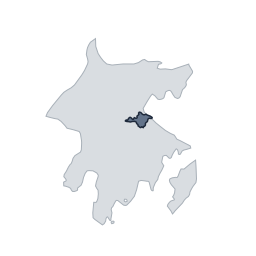 location of Beylagan District, Beyləqan, Azerbaijan, rotated 254°
{"feature_id": "54616110B20470092766685", "entity_name": "Beylagan District", "entity_type": "district", "adm_level": 2, "iso_a3": "AZE", "parent_name": "Azerbaijan", "parent_adm1": "Beyləqan", "projection": "equal_earth", "projection_center": [47.705, 39.846], "detail": "fine", "context": "in_parent", "style": "filled", "palette": "slate", "viewbox_px": 256, "rotation_deg": 254, "n_neighbors": 0, "source": "geoboundaries", "source_scale": "gbopen_adm2", "svg_char_len": 4769}
<svg xmlns="http://www.w3.org/2000/svg" viewBox="0 0 256 256"><g transform="rotate(254 128 128)"><path d="M172.7,204.0L171.7,203.9L164.7,205.7L163.2,205.1L157.2,197.2L156.0,196.3L153.4,196.0L151.9,194.7L150.6,192.6L149.9,191.0L143.7,186.7L142.8,185.2L142.7,183.8L143.6,182.6L144.6,181.5L147.6,180.5L151.2,179.6L152.3,178.9L152.9,177.8L152.8,175.9L152.3,174.2L147.2,170.9L146.6,169.5L146.5,167.8L146.7,166.0L147.5,164.6L151.6,162.7L153.9,160.7L152.5,158.5L148.0,153.5L142.7,148.0L139.2,147.9L135.2,149.6L128.7,154.3L125.1,156.3L120.4,159.6L115.3,163.3L111.1,167.3L108.4,170.5L103.8,171.9L101.4,174.7L93.6,182.9L91.4,182.8L91.3,178.7L91.4,175.5L90.9,173.6L88.4,171.1L88.4,170.0L89.1,169.3L91.0,169.7L93.5,169.6L94.7,168.6L92.0,165.2L89.7,163.0L87.7,161.5L87.3,160.6L87.3,159.9L87.7,159.2L91.1,157.3L91.5,155.6L91.2,153.7L85.8,150.9L81.8,152.0L78.1,148.8L75.8,146.4L72.9,143.8L70.3,142.4L67.9,139.2L63.6,135.8L60.8,134.9L60.8,134.4L61.3,133.7L62.5,133.2L70.2,133.4L71.2,132.8L71.7,131.3L72.7,129.2L74.0,126.1L73.9,123.5L66.2,119.2L60.6,115.3L56.8,110.2L54.2,105.5L54.3,104.0L55.1,102.5L61.1,98.2L61.6,97.0L61.4,96.3L59.3,94.1L56.7,91.8L55.8,90.2L54.1,89.3L50.9,89.2L45.3,86.5L44.1,86.2L43.9,85.6L44.2,85.1L48.2,83.9L48.1,83.0L46.9,81.8L44.7,80.9L42.6,78.7L41.9,76.7L49.3,70.9L51.4,69.7L56.2,70.8L66.0,74.6L65.3,76.8L66.3,78.0L68.5,79.6L72.8,81.3L76.5,82.1L78.4,81.4L81.2,80.8L84.9,82.7L88.3,85.1L89.9,86.1L90.9,86.4L93.4,85.6L96.5,82.5L97.8,78.7L98.1,76.9L96.3,74.4L92.7,71.6L88.5,69.3L85.9,67.1L84.2,63.0L82.5,62.5L82.0,62.0L81.8,60.6L81.8,58.6L82.4,57.1L84.1,56.4L85.8,56.2L87.4,54.7L89.3,51.9L90.1,50.3L93.7,51.2L94.2,53.8L94.9,54.3L96.4,54.0L98.8,52.9L100.8,53.8L103.4,56.8L106.9,60.0L108.8,62.2L109.5,63.6L111.3,65.1L114.0,66.8L116.1,69.4L117.9,75.6L119.8,77.1L126.6,79.4L129.0,79.9L135.7,80.7L138.1,80.1L141.5,74.8L144.6,69.3L147.5,68.2L152.8,65.5L155.9,63.0L157.2,60.3L160.1,55.2L161.9,52.4L165.0,54.9L170.4,61.8L178.1,73.0L180.0,76.2L181.2,79.9L182.3,84.4L184.1,88.4L191.9,98.4L195.3,102.1L200.8,106.9L202.8,107.9L205.4,108.2L210.1,108.2L214.4,110.1L216.6,111.4L218.8,113.3L220.8,115.5L222.9,121.4L215.3,119.5L207.8,119.8L203.5,121.1L199.3,122.8L195.4,125.2L192.9,130.0L190.9,141.0L187.9,151.4L188.0,156.1L189.4,160.7L189.3,162.9L187.9,163.9L186.1,165.8L183.8,175.3L182.7,177.2L181.2,178.4L180.7,177.3L180.8,174.8L177.4,172.6L175.7,175.1L174.5,180.3L172.1,185.8L172.0,186.9L172.7,204.0ZM60.1,106.5L60.5,105.0L59.6,104.4L58.6,104.3L57.7,105.1L57.7,106.9L58.9,107.2L60.1,106.5ZM34.7,149.5L33.6,147.9L33.1,147.1L36.5,146.4L42.1,144.3L43.6,145.3L45.2,147.4L46.0,149.2L46.1,152.5L46.8,153.0L49.5,151.9L50.7,153.3L52.8,154.9L56.4,156.4L61.6,154.0L64.3,153.3L66.4,153.4L67.5,154.2L67.9,156.7L67.5,159.9L66.9,161.6L68.0,162.9L72.2,166.0L74.0,167.7L73.1,170.6L76.3,177.8L77.3,180.6L78.5,184.1L72.0,182.7L60.2,179.8L56.9,178.3L53.9,174.3L52.1,172.4L49.4,169.9L47.2,168.9L45.5,167.2L44.6,164.6L43.2,162.3L40.8,159.6L35.4,150.4L34.7,149.5ZM42.5,88.3L41.8,88.8L40.7,88.3L40.4,87.2L40.5,86.0L41.6,85.7L42.5,86.1L42.7,87.1L42.5,88.3Z" fill="#d9dde1" stroke="#a8b0b8" stroke-width="1"/><path d="M135.4,127.4L135.3,127.5L135.0,128.0L134.6,128.6L134.4,129.1L134.2,129.7L134.0,130.2L133.8,130.7L133.5,131.2L133.3,131.7L133.1,132.1L133.1,132.5L133.1,134.1L132.8,134.9L132.8,135.7L132.4,136.2L132.3,136.6L132.0,137.0L131.6,137.3L131.3,137.5L130.8,137.6L130.4,137.5L130.0,137.6L129.6,137.7L129.2,138.0L128.9,138.3L128.5,138.4L127.8,138.4L127.2,138.3L126.9,138.6L126.5,138.9L126.2,139.1L125.8,139.4L125.6,139.5L125.3,139.7L125.0,140.1L124.9,140.4L125.0,140.7L125.1,141.0L125.4,141.4L125.3,141.7L125.1,141.9L124.6,142.2L124.3,142.6L124.2,142.8L124.5,143.0L124.8,143.2L125.1,143.4L125.3,143.7L125.2,144.2L125.1,144.3L125.5,145.0L126.1,145.6L127.2,145.8L127.8,146.2L128.3,146.9L128.7,147.8L128.8,148.3L129.5,148.8L130.2,149.1L130.9,149.6L131.4,150.2L131.5,151.3L131.0,152.1L130.8,152.9L130.9,153.9L131.2,154.0L131.5,154.1L132.3,153.5L133.6,152.3L134.0,151.6L134.5,151.0L134.9,150.4L135.6,149.7L135.9,149.5L136.3,149.2L136.3,148.8L136.2,148.0L136.2,147.4L136.4,146.8L136.6,146.3L137.1,145.9L137.5,145.5L138.1,145.2L138.5,145.0L139.2,144.7L139.5,144.4L139.7,144.0L139.9,143.6L140.1,143.2L139.8,142.8L139.5,142.3L138.6,142.2L138.2,142.2L137.8,141.8L137.6,141.4L137.4,140.9L137.2,140.3L136.7,139.8L136.3,139.8L135.8,139.8L135.3,139.5L135.1,139.1L135.1,138.7L135.2,138.2L135.3,138.0L135.7,137.6L135.9,137.3L136.2,136.9L135.9,136.6L135.6,136.3L135.2,136.0L135.0,135.7L135.0,135.4L135.1,135.0L135.2,134.8L135.6,134.5L135.8,134.3L136.2,134.2L136.6,134.0L137.0,133.7L137.4,133.4L137.7,132.9L137.6,132.3L137.3,131.7L137.1,131.2L136.5,130.7L136.1,130.4L135.8,129.7L135.8,129.3L136.1,128.9L135.9,128.4L136.0,127.8L135.5,127.4L135.4,127.4Z" fill="#64748b" stroke="#1e293b" stroke-width="1.5"/></g></svg>